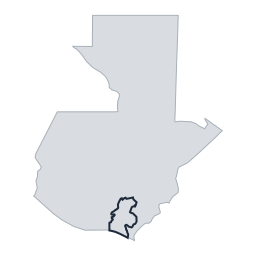 Guatemala, with Santa Rosa highlighted
{"feature_id": "GTM-1957", "entity_name": "Santa Rosa", "entity_type": "Department", "adm_level": 1, "iso_a3": "GTM", "parent_name": "Guatemala", "parent_adm1": "", "projection": "natural_earth1", "projection_center": [-90.341, 14.154], "detail": "fine", "context": "in_parent", "style": "outline", "palette": "slate", "viewbox_px": 256, "rotation_deg": 0, "n_neighbors": 0, "source": "natural_earth", "source_scale": "10m", "svg_char_len": 3326}
<svg xmlns="http://www.w3.org/2000/svg" viewBox="0 0 256 256"><path d="M33.7,196.0L34.9,194.6L36.0,191.3L37.3,188.0L36.5,184.1L36.0,180.9L37.5,176.4L37.4,172.9L38.0,170.8L40.2,169.4L41.3,166.8L35.2,157.8L35.3,155.7L36.1,153.2L41.0,143.6L46.9,132.1L53.4,119.4L57.3,111.8L71.6,111.8L81.0,111.8L92.9,111.8L105.9,111.8L114.4,111.8L117.9,111.7L117.4,106.7L117.8,101.3L119.4,96.3L119.4,94.1L116.8,91.4L111.9,89.9L109.2,87.5L109.2,84.5L108.0,80.9L105.6,76.6L100.6,72.2L93.1,67.8L86.8,61.8L81.5,54.3L77.0,49.4L73.6,47.4L72.8,46.3L82.8,46.4L92.3,46.5L92.4,35.7L92.5,26.2L92.6,15.4L109.8,15.4L130.3,15.4L151.6,15.4L168.4,15.4L178.2,15.4L177.8,28.9L177.3,44.4L176.9,55.8L176.4,71.0L175.9,86.6L175.3,107.8L174.8,121.5L175.0,121.8L180.6,121.2L188.9,121.8L191.0,121.7L193.5,122.9L195.5,123.3L199.7,126.4L204.7,128.7L207.8,124.0L206.1,121.2L204.9,119.7L205.1,118.4L222.3,130.7L220.3,132.5L215.9,136.9L208.0,144.3L200.9,151.0L194.1,157.1L187.9,162.5L187.2,163.0L179.4,166.9L178.0,168.7L176.4,176.4L175.6,178.3L177.0,182.6L178.5,189.2L178.0,192.6L172.6,196.9L170.1,200.7L169.0,203.1L168.1,202.5L166.4,202.3L162.5,203.3L160.7,203.5L159.1,204.6L158.9,206.9L160.0,210.8L160.3,212.8L159.3,213.7L154.5,216.0L152.6,218.3L150.8,221.9L148.7,223.3L146.6,223.1L145.0,223.6L141.7,226.2L136.7,231.4L134.1,235.2L134.0,238.1L134.5,240.6L116.4,231.6L110.4,230.0L85.0,230.2L74.1,226.6L61.7,219.8L53.3,213.5L33.7,196.0Z" fill="#d9dde1" stroke="#a8b0b8" stroke-width="1"/><path d="M127.7,237.8L127.4,237.6L120.1,233.9L115.4,231.9L111.6,230.9L109.4,230.5L109.4,229.9L109.4,223.0L109.5,222.7L110.3,222.3L110.8,222.3L110.9,222.2L111.1,222.1L111.2,221.6L111.6,220.8L111.8,220.5L112.4,220.1L112.6,219.9L112.7,219.7L112.8,219.6L112.8,219.4L112.7,219.2L112.0,218.4L111.9,218.3L111.7,218.0L111.7,217.2L112.1,217.0L112.9,216.9L113.1,216.8L113.4,216.6L114.1,215.8L114.7,214.9L114.6,214.6L114.1,214.4L113.9,214.3L113.0,214.6L112.9,214.7L112.6,214.7L112.3,214.6L111.6,214.5L111.4,214.4L111.3,214.2L111.3,213.9L111.4,213.3L111.7,212.7L112.4,212.0L113.7,211.4L114.1,211.1L115.0,210.2L115.9,209.7L116.3,209.5L116.5,209.5L116.7,209.4L116.8,209.3L117.1,208.8L117.3,208.7L117.6,208.5L117.7,208.4L117.8,208.4L118.1,208.0L118.2,207.3L117.9,204.7L118.8,202.2L120.7,198.7L121.5,198.3L122.1,198.4L122.2,198.5L122.3,198.7L122.3,199.4L122.4,199.5L122.5,199.7L123.0,199.4L123.9,198.5L124.2,198.2L124.6,198.0L125.0,198.0L125.6,197.7L126.2,198.4L126.2,198.6L126.4,198.7L126.5,198.8L127.2,198.7L127.8,198.6L133.0,197.5L133.2,198.8L133.6,199.5L135.3,201.1L136.6,202.2L135.7,205.2L135.0,205.3L135.2,206.3L135.1,206.5L134.8,206.5L134.6,206.4L134.0,206.3L132.4,206.7L132.3,206.8L131.7,207.4L130.0,212.1L130.7,212.7L132.9,213.4L133.1,213.5L133.3,213.7L133.6,214.1L135.1,215.5L136.3,216.7L136.5,217.3L136.4,218.5L136.6,220.7L136.6,220.9L136.6,221.2L136.4,221.6L136.2,222.3L135.4,223.6L135.1,223.9L135.0,224.0L134.4,224.1L133.8,224.3L133.6,224.5L133.4,224.6L133.1,225.2L132.4,226.8L131.6,227.4L131.3,227.4L130.8,227.2L129.0,226.7L128.7,226.6L127.8,225.7L126.5,224.8L125.6,225.1L125.3,225.4L125.3,225.6L125.2,225.9L125.2,226.2L125.2,226.4L125.4,226.8L125.6,227.0L125.8,227.3L125.9,227.5L126.2,229.8L126.3,229.9L126.4,230.0L126.7,230.2L126.8,230.5L127.0,230.9L127.4,232.8L128.1,234.1L128.1,234.4L128.2,234.6L128.1,235.6L127.8,237.0L127.7,237.8Z" fill="none" stroke="#1e293b" stroke-width="2"/></svg>